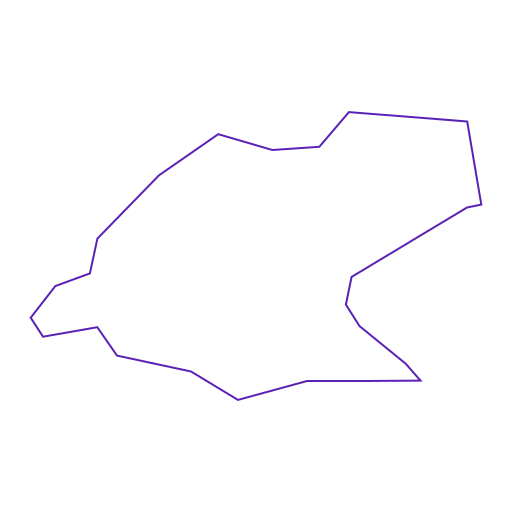 map outline of Dublin (Natural Earth projection)
{"feature_id": "IRL-5575", "entity_name": "Dublin", "entity_type": "County", "adm_level": 1, "iso_a3": "IRL", "parent_name": "Ireland", "parent_adm1": "", "projection": "natural_earth1", "projection_center": [-6.257, 53.366], "detail": "fine", "context": "isolated", "style": "outline", "palette": "violet", "viewbox_px": 512, "rotation_deg": 0, "n_neighbors": 0, "source": "natural_earth", "source_scale": "10m", "svg_char_len": 421}
<svg xmlns="http://www.w3.org/2000/svg" viewBox="0 0 512 512"><path d="M481.3,204.6L467.0,207.5L351.6,276.9L345.9,304.6L359.5,326.1L405.7,363.7L420.5,380.6L366.2,381.0L307.0,381.0L237.9,399.9L191.0,371.5L117.0,355.6L97.3,327.2L43.0,336.7L30.7,317.7L55.4,286.0L89.9,273.4L97.4,238.6L159.0,175.3L218.2,134.2L272.4,150.0L319.3,146.8L348.9,112.1L467.2,121.5L481.3,204.6Z" fill="none" stroke="#5b21b6" stroke-width="2"/></svg>